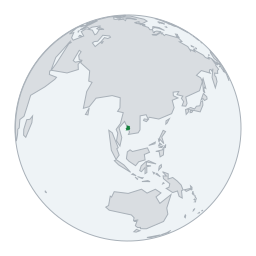 Kaôh Kong on an orthographic globe, rotated 29°
{"feature_id": "KHM-1779", "entity_name": "Kaôh Kong", "entity_type": "Province", "adm_level": 1, "iso_a3": "KHM", "parent_name": "Cambodia", "parent_adm1": "", "projection": "orthographic", "projection_center": [103.349, 11.344], "detail": "fine", "context": "on_globe", "style": "filled", "palette": "green", "viewbox_px": 256, "rotation_deg": 29, "n_neighbors": 0, "source": "natural_earth", "source_scale": "10m", "svg_char_len": 9844}
<svg xmlns="http://www.w3.org/2000/svg" viewBox="0 0 256 256"><g transform="rotate(29 128 128)"><circle cx="128" cy="128" r="113" fill="#eef3f6" stroke="#a8b0b8"/><path d="M233.3,163.5L233.1,164.2L233.1,164.4L233.3,163.5ZM179.5,27.8L183.8,30.3L180.0,28.2L190.4,34.7L193.5,37.8L187.7,32.9L185.3,31.5L186.4,32.7L184.2,31.6L183.4,31.6L180.7,30.3L177.5,27.9L175.7,27.1L176.6,28.1L174.4,27.6L173.4,26.2L169.5,25.4L163.5,22.1L163.1,21.0L161.7,20.5L170.8,23.8L179.5,27.8ZM187.3,32.4L186.4,31.8L188.0,32.8L187.3,32.4ZM183.8,31.9L184.7,32.5L184.0,32.3L183.8,31.9ZM179.1,30.1L177.6,29.8L178.6,29.7L179.1,30.1ZM176.3,29.3L172.6,28.9L174.4,30.1L167.3,26.8L172.8,28.0L173.8,27.6L174.6,28.5L176.3,29.3ZM164.1,25.2L162.7,24.8L163.5,24.8L164.1,25.2ZM151.7,17.9L151.3,17.8L150.8,17.7L149.9,17.5L151.7,17.9ZM146.7,16.9L146.9,17.0L144.5,16.6L143.9,16.5L146.7,16.9ZM142.7,16.3L142.0,16.2L142.7,16.3ZM143.3,16.5L147.4,17.1L147.5,17.1L143.3,16.5ZM140.8,16.1L142.2,16.3L142.4,16.3L140.8,16.1ZM136.4,15.7L136.1,15.7L135.3,15.6L136.3,15.7L136.4,15.7ZM138.2,15.9L137.2,15.7L138.8,15.9L138.2,15.9ZM140.7,16.1L141.3,16.2L140.1,16.1L140.7,16.1ZM133.7,15.5L134.6,15.6L132.6,15.6L131.3,15.4L133.4,15.5L133.7,15.5ZM38.6,59.5L38.7,59.8L38.0,61.0L34.5,65.6L31.2,74.2L34.3,70.8L34.9,76.4L37.5,77.8L44.7,69.0L40.4,66.4L43.2,61.6L49.4,59.7L53.7,62.6L54.9,60.9L55.2,55.8L59.2,53.4L55.6,53.8L54.8,55.9L52.6,56.3L53.2,54.6L54.6,53.7L54.1,52.3L47.6,57.3L46.1,59.9L43.2,59.4L40.4,63.8L38.5,65.3L42.5,58.4L44.4,56.3L49.4,48.9L47.1,50.9L42.3,58.3L42.4,57.4L39.3,60.9L41.8,57.6L47.7,49.5L47.0,49.7L46.6,50.2L57.6,40.1L57.4,40.3L61.1,37.7L61.3,38.0L67.0,34.3L67.9,34.0L64.3,36.2L61.9,38.1L62.9,39.6L64.3,39.1L68.0,36.7L67.8,37.6L71.2,35.1L73.8,35.3L73.4,33.2L77.7,30.9L81.6,29.8L83.0,28.8L76.6,30.6L74.1,31.8L72.1,33.3L65.2,36.9L64.0,37.0L70.9,32.3L69.8,32.2L75.6,29.0L89.3,25.1L92.9,25.3L89.8,29.9L86.5,30.9L86.0,29.6L82.5,32.8L84.7,31.6L84.5,32.5L88.6,31.0L88.7,31.6L92.4,29.3L93.0,29.9L90.6,31.4L97.0,30.2L99.4,31.4L100.8,30.8L101.6,29.9L104.0,32.3L104.9,31.8L104.5,30.8L106.1,29.3L109.9,27.8L110.5,28.7L109.2,29.3L107.5,32.4L104.0,34.4L104.6,34.7L107.8,33.2L109.9,29.4L112.0,28.2L111.5,29.9L111.8,29.2L113.1,28.9L114.9,29.6L115.7,27.8L128.4,24.8L133.2,26.2L131.2,27.7L140.8,27.8L145.4,30.2L145.0,29.1L149.3,28.9L147.9,28.1L148.0,27.7L158.5,27.8L161.4,28.8L165.5,28.4L165.3,27.9L163.3,27.1L167.3,26.8L174.4,30.1L174.4,30.8L178.8,32.7L178.4,34.3L180.0,36.8L177.1,38.0L178.6,40.2L180.2,40.7L183.4,44.3L184.9,50.5L177.0,43.0L173.5,34.9L174.3,37.8L172.1,36.6L171.2,37.3L172.0,39.6L173.3,40.2L164.3,42.2L162.3,48.7L167.3,48.9L170.5,51.4L172.5,60.7L163.5,72.9L167.7,77.8L168.0,80.9L164.5,82.4L163.9,77.9L160.3,76.1L160.5,73.5L154.7,75.1L154.7,71.5L150.1,74.8L152.0,77.8L157.1,77.5L153.2,82.3L158.5,87.9L159.2,94.3L150.6,105.2L141.6,108.2L141.0,110.2L137.4,107.6L132.7,111.5L139.4,123.8L139.2,127.3L131.5,133.4L131.3,130.8L121.8,123.9L120.0,132.1L127.2,139.4L129.7,147.7L124.2,144.8L121.6,137.5L118.3,134.9L119.2,127.7L116.4,116.9L110.8,118.5L111.2,114.3L106.5,105.3L98.5,107.3L85.6,117.4L83.8,128.1L79.4,132.4L74.2,116.1L74.4,105.5L70.9,106.0L66.8,96.6L55.1,93.9L54.9,91.1L52.3,91.9L49.7,88.5L50.0,84.0L47.7,83.7L47.4,95.6L50.0,96.0L54.2,92.4L53.5,96.6L56.2,100.9L48.0,109.4L32.9,114.7L34.0,106.5L35.4,83.1L36.7,81.0L36.8,80.7L37.0,80.2L34.6,83.6L35.7,79.3L32.2,94.8L30.6,101.3L32.7,115.1L31.9,116.2L33.3,119.3L40.9,118.3L40.4,120.9L35.3,132.4L27.0,146.6L29.5,158.6L31.4,168.2L29.3,173.0L32.8,180.7L32.2,182.5L34.3,186.7L35.7,190.6L36.7,193.6L35.6,192.4L31.3,185.8L27.5,178.9L24.2,171.7L21.4,164.3L19.1,156.8L17.3,149.1L16.1,141.2L15.5,133.4L15.4,125.5L15.8,117.6L16.8,109.7L18.4,102.0L20.5,94.4L23.1,86.9L26.3,79.7L29.9,72.7L34.0,65.9L38.6,59.5ZM55.6,70.9L59.8,72.7L62.3,66.4L64.2,66.7L64.4,64.6L62.5,66.0L63.6,60.4L67.0,59.5L68.7,57.1L67.4,56.4L61.0,59.1L59.4,66.8L56.6,68.8L55.6,70.9ZM71.4,30.6L71.7,30.5L70.3,31.2L69.9,31.5L67.6,33.0L61.2,37.4L59.1,39.0L59.3,38.8L71.4,30.6ZM125.6,15.4L124.1,15.4L125.1,15.4L123.6,15.7L119.3,16.0L120.8,16.0L119.7,16.4L116.2,16.9L117.2,16.4L112.6,17.4L112.0,17.1L111.5,17.2L109.6,17.3L106.4,17.8L106.7,17.6L105.4,17.9L104.1,18.1L102.3,18.4L102.1,18.4L100.0,18.9L101.1,18.6L98.3,19.3L107.3,17.3L116.4,16.0L125.6,15.4ZM132.3,15.4L131.1,15.4L131.4,15.5L129.7,15.4L132.1,15.6L127.1,15.7L124.3,15.7L128.1,15.4L127.6,15.4L132.3,15.4ZM39.4,59.6L39.3,60.1L39.6,60.3L37.6,62.7L39.4,59.6ZM43.3,54.1L43.5,54.0L40.9,57.1L41.0,56.8L43.3,54.1ZM45.8,51.5L43.7,53.8L44.9,52.4L45.8,51.5ZM64.7,36.1L65.2,36.1L64.4,36.7L63.1,37.5L64.7,36.1ZM102.4,20.8L103.4,20.3L104.1,20.2L107.8,19.2L108.6,19.5L106.6,20.2L102.4,20.8ZM42.7,70.1L40.6,71.5L40.8,70.4L41.5,70.1L42.7,70.1ZM38.0,66.8L38.0,68.7L37.5,67.4L38.0,66.8ZM103.8,21.0L105.3,20.5L104.8,21.0L103.8,21.0ZM109.3,19.7L109.1,20.1L109.1,19.4L109.3,19.7ZM85.9,223.0L88.3,224.2L86.7,224.1L85.9,223.0ZM41.3,169.9L43.1,185.7L40.2,184.9L37.5,179.7L35.4,169.8L38.0,167.9L38.7,163.7L41.3,169.9ZM157.9,167.4L161.2,167.9L161.1,168.4L157.9,167.4ZM154.5,165.5L158.3,165.8L153.8,166.6L154.5,165.5ZM159.8,165.9L163.6,165.0L165.3,164.2L165.0,165.3L159.8,165.9ZM151.8,165.5L137.6,164.8L131.9,163.2L133.3,161.4L142.4,162.3L151.8,165.5ZM132.8,161.3L124.2,155.5L112.3,139.3L116.5,139.8L129.0,150.0L128.2,151.5L133.4,156.0L132.8,161.3ZM153.7,152.4L152.9,157.3L145.0,156.6L141.5,155.6L139.0,149.2L140.4,146.1L143.3,146.4L154.6,136.0L158.6,138.8L155.1,143.2L158.4,147.6L153.7,152.4ZM84.3,129.2L86.6,136.0L84.2,136.8L84.3,129.2ZM159.2,128.7L154.6,133.2L158.7,127.1L159.2,128.7ZM161.5,122.9L161.9,125.3L160.0,122.9L161.5,122.9ZM141.0,113.5L137.9,113.9L137.8,112.2L141.7,110.7L141.0,113.5ZM159.7,99.8L159.8,104.7L159.2,106.3L157.8,103.3L159.7,99.8ZM112.6,25.0L106.5,25.9L102.7,27.2L101.3,28.9L100.6,27.2L106.5,25.1L112.6,25.0ZM126.4,24.6L127.5,23.6L128.8,24.0L128.7,24.3L126.4,24.6ZM125.9,24.0L124.0,22.8L125.8,22.2L126.9,23.2L125.9,24.0ZM113.7,21.2L111.8,21.4L112.3,20.9L113.7,21.2ZM207.3,206.5L207.4,207.0L204.2,210.0L200.3,213.3L197.6,214.6L207.3,206.5ZM183.4,215.9L184.5,212.6L188.2,212.1L185.6,215.1L183.4,215.9ZM209.9,204.0L212.8,200.7L215.1,196.8L213.3,200.2L214.2,200.0L207.9,206.6L209.9,204.0ZM173.1,202.4L151.4,209.0L146.9,208.0L148.6,205.2L145.5,196.2L147.1,196.4L146.8,190.4L159.9,185.1L169.5,175.0L176.2,175.7L181.6,168.3L188.3,168.8L185.9,174.7L192.4,178.5L197.9,165.3L200.7,179.2L204.6,184.0L204.4,192.5L193.0,207.2L187.6,210.1L187.1,208.9L184.7,210.4L181.8,209.9L181.1,205.4L178.7,206.8L181.5,203.3L177.8,206.5L176.8,203.5L173.1,202.4ZM220.2,176.2L220.9,176.5L221.6,178.7L220.5,178.4L220.2,176.2ZM231.5,166.7L231.5,167.8L230.9,168.2L231.5,166.7ZM233.1,164.4L232.4,165.0L233.3,163.5L233.1,164.4ZM225.3,167.6L225.5,168.5L225.2,168.8L225.3,167.6ZM225.0,167.4L225.6,165.9L225.4,167.3L225.0,167.4ZM222.2,160.2L222.7,159.4L222.9,159.9L222.2,160.2ZM166.1,168.1L170.8,164.4L173.3,164.2L166.1,168.1ZM221.6,158.7L220.4,158.6L220.6,157.9L221.6,158.7ZM221.8,156.9L221.7,155.8L222.3,158.3L221.8,156.9ZM219.5,154.7L221.0,156.5L219.3,154.9L219.5,154.7ZM218.6,155.0L217.5,154.2L217.6,153.9L218.6,155.0ZM205.2,156.9L209.4,163.0L205.8,163.0L201.8,159.1L198.4,162.8L190.7,162.3L192.6,160.0L191.6,156.5L183.6,155.1L181.9,152.9L184.9,151.4L179.4,149.5L185.4,148.6L187.8,153.2L191.1,149.6L196.7,150.5L202.1,152.1L206.2,155.5L205.2,156.9ZM185.3,158.7L186.3,158.8L185.4,160.1L185.3,158.7ZM215.4,151.7L217.0,153.9L216.8,154.5L216.0,154.2L215.4,151.7ZM207.2,154.7L211.7,150.8L212.8,150.8L209.7,155.2L207.2,154.7ZM210.7,148.3L212.7,148.8L213.8,150.9L213.3,151.5L210.7,148.3ZM173.1,154.3L172.9,155.6L171.3,154.5L173.1,154.3ZM175.2,153.6L179.9,155.0L174.7,154.7L175.2,153.6ZM160.6,148.7L162.0,151.8L166.5,150.0L163.1,152.7L166.1,157.8L165.0,159.7L162.1,154.2L160.9,159.7L158.9,159.6L157.9,154.7L159.9,148.9L161.9,146.6L170.0,145.8L160.6,148.7ZM175.2,149.9L173.9,146.3L174.8,143.9L176.2,145.8L175.2,149.9ZM170.1,137.7L166.6,133.5L163.6,135.0L169.7,129.5L172.0,134.4L170.1,137.7ZM167.1,128.7L164.2,130.0L167.1,126.8L167.1,128.7ZM163.4,128.6L163.0,125.8L165.3,126.2L163.4,128.6ZM168.6,128.9L169.0,124.1L170.2,126.9L168.6,128.9ZM161.9,119.5L166.9,124.3L160.5,122.1L159.9,113.0L162.6,112.9L161.9,119.5ZM174.9,84.5L174.1,82.1L176.4,81.7L176.3,83.4L174.9,84.5ZM183.3,78.9L176.8,80.8L171.4,82.7L173.2,83.9L172.3,87.9L169.4,84.0L172.9,79.7L177.0,79.1L177.3,75.8L180.1,73.7L178.9,69.7L180.1,68.1L182.4,71.7L183.3,78.9ZM178.3,68.0L177.2,61.3L181.8,62.5L183.1,64.3L181.6,66.8L179.3,65.9L178.3,68.0ZM178.3,60.1L176.1,59.3L169.8,49.8L169.6,48.2L176.8,55.6L175.0,55.4L175.8,57.6L178.3,60.1ZM163.3,25.3L162.7,24.9L164.0,25.4L163.3,25.3ZM147.2,27.3L147.6,26.7L149.0,27.2L147.2,27.3ZM149.5,25.5L147.6,25.4L149.3,25.1L149.5,25.5ZM143.4,25.3L146.7,25.2L143.9,25.9L143.4,25.3Z" fill="#d9dde1" stroke="#a8b0b8" stroke-width="1"/><path d="M127.2,127.4L127.2,127.2L126.9,126.8L126.9,126.7L127.3,126.7L127.5,126.7L127.9,126.7L128.0,126.6L128.1,126.4L128.3,126.4L128.3,126.5L128.5,126.6L128.8,126.8L129.0,126.9L128.9,126.9L128.8,127.0L128.9,127.3L129.0,127.4L129.1,127.5L129.3,127.6L129.4,127.8L129.5,127.9L129.5,128.0L129.4,128.0L129.5,128.2L129.5,128.4L129.4,128.4L129.4,128.5L129.2,128.6L129.0,128.8L128.9,128.9L128.8,129.0L128.7,129.2L128.7,128.9L128.6,128.7L128.5,128.4L128.4,128.4L128.2,128.4L128.2,128.5L128.1,128.8L127.9,128.8L127.7,128.9L127.8,128.9L127.7,128.9L127.5,128.7L127.6,128.4L127.5,128.2L127.4,128.2L127.5,128.2L127.5,127.9L127.6,127.7L127.6,127.8L127.5,127.7L127.4,127.6L127.2,127.6L127.3,127.6L127.3,127.4L127.5,127.3L127.5,127.2L127.5,127.3L127.4,127.3L127.4,127.2L127.3,127.3L127.3,127.2L127.2,127.2L127.3,127.3L127.2,127.4L127.3,127.5L127.2,127.6L127.2,127.4L127.2,127.4ZM127.4,128.0L127.3,127.9L127.4,128.0ZM127.9,129.2L127.9,129.3L127.8,129.2L127.7,129.2L127.8,129.1L127.9,129.2ZM127.4,127.7L127.4,127.8L127.4,127.7L127.4,127.7ZM128.0,129.5L127.9,129.6L127.9,129.4L127.9,129.5L128.0,129.5L128.0,129.5Z" fill="#22c55e" stroke="#15803d" stroke-width="1.5"/></g></svg>